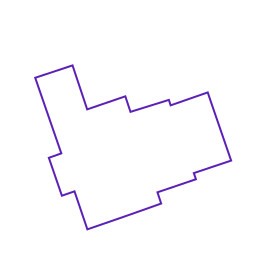 outline of Vinton, Ohio, United States of America, rotated 157°
{"feature_id": "52423323B79986289007094", "entity_name": "Vinton", "entity_type": "district", "adm_level": 2, "iso_a3": "USA", "parent_name": "United States of America", "parent_adm1": "Ohio", "projection": "albers", "projection_center": [-82.511, 39.212], "detail": "fine", "context": "isolated", "style": "outline", "palette": "violet", "viewbox_px": 256, "rotation_deg": 157, "n_neighbors": 0, "source": "geoboundaries", "source_scale": "gbopen_adm2", "svg_char_len": 401}
<svg xmlns="http://www.w3.org/2000/svg" viewBox="0 0 256 256"><g transform="rotate(157 128 128)"><path d="M40.7,129.6L79.9,132.2L79.4,137.9L119.4,141.9L118.1,158.2L158.3,161.1L154.6,207.3L193.8,210.5L199.3,130.7L212.5,131.5L215.3,91.5L202.0,90.6L205.0,50.6L166.0,47.9L127.0,45.5L126.0,57.3L85.5,54.3L85.0,60.8L45.8,57.7L41.7,116.3L40.7,129.6Z" fill="none" stroke="#5b21b6" stroke-width="2"/></g></svg>